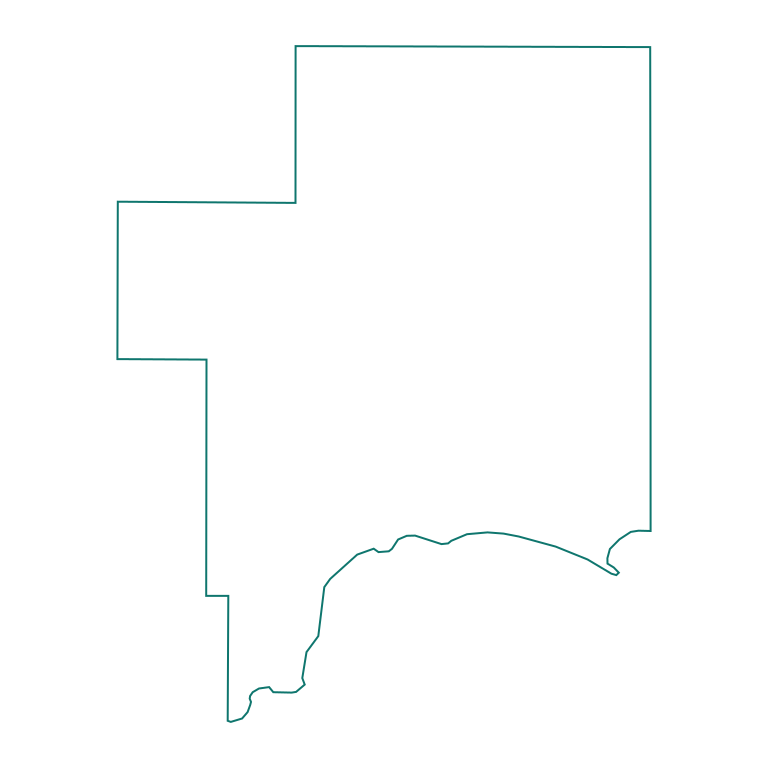 outline of Schoolcraft, Michigan, United States of America
{"feature_id": "52423323B71997866785230", "entity_name": "Schoolcraft", "entity_type": "district", "adm_level": 2, "iso_a3": "USA", "parent_name": "United States of America", "parent_adm1": "Michigan", "projection": "natural_earth1", "projection_center": [-86.228, 46.131], "detail": "fine", "context": "isolated", "style": "outline", "palette": "teal", "viewbox_px": 768, "rotation_deg": 0, "n_neighbors": 0, "source": "geoboundaries", "source_scale": "gbopen_adm2", "svg_char_len": 821}
<svg xmlns="http://www.w3.org/2000/svg" viewBox="0 0 768 768"><path d="M117.4,359.1L206.5,359.6L206.2,595.9L228.3,595.9L227.7,720.8L230.8,721.9L242.1,718.5L247.6,712.1L250.2,705.0L251.0,701.9L249.7,698.7L250.1,696.0L252.7,692.2L259.0,688.5L269.1,687.1L273.3,692.2L291.7,692.6L296.1,691.9L304.7,684.6L302.3,678.1L306.5,652.1L318.3,636.1L324.3,587.1L330.2,578.9L357.2,554.6L373.7,548.7L378.5,552.1L388.8,551.3L392.0,548.8L398.1,539.5L406.8,535.8L415.1,535.6L441.5,544.1L448.1,543.4L451.3,540.8L467.0,534.2L487.5,532.4L503.6,533.6L518.7,536.5L555.7,546.6L587.6,559.5L611.4,573.7L616.3,575.1L618.8,572.7L613.8,567.5L607.5,563.6L607.4,558.2L609.9,549.0L619.5,539.3L630.8,531.9L638.5,530.7L650.6,531.0L650.5,281.6L650.2,47.1L295.6,46.1L295.5,202.9L117.8,201.7L117.4,359.1Z" fill="none" stroke="#0f766e" stroke-width="2"/></svg>